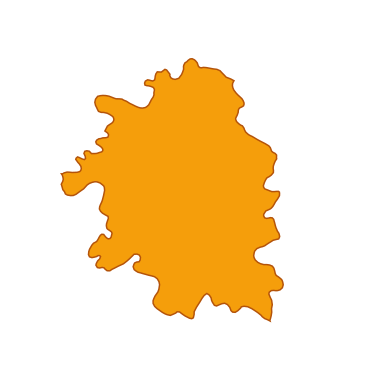 Chavusy, Mogilev, Belarus (orthographic projection), rotated 297°
{"feature_id": "67162791B68481301764251", "entity_name": "Chavusy", "entity_type": "district", "adm_level": 2, "iso_a3": "BLR", "parent_name": "Belarus", "parent_adm1": "Mogilev", "projection": "orthographic", "projection_center": [30.902, 53.786], "detail": "fine", "context": "isolated", "style": "filled", "palette": "amber", "viewbox_px": 384, "rotation_deg": 297, "n_neighbors": 0, "source": "geoboundaries", "source_scale": "gbopen_adm2", "svg_char_len": 5620}
<svg xmlns="http://www.w3.org/2000/svg" viewBox="0 0 384 384"><g transform="rotate(297 192 192)"><path d="M112.5,320.1L112.9,319.7L115.2,319.3L117.7,318.7L121.1,317.6L124.2,315.8L128.0,314.7L131.7,312.1L133.5,309.7L136.0,306.8L137.8,306.3L140.1,307.4L141.4,309.4L142.1,311.4L143.0,313.0L144.8,314.9L147.7,316.0L150.7,315.4L152.2,314.3L153.6,313.1L154.7,311.6L155.2,309.6L155.6,307.6L155.9,304.9L157.1,303.2L159.3,301.4L161.3,299.5L162.4,297.3L162.2,294.4L161.3,291.7L159.9,288.9L159.2,285.5L159.2,282.5L160.2,279.1L161.9,276.9L163.4,275.8L166.4,274.9L168.0,274.7L171.0,275.5L173.7,277.7L175.4,279.7L177.1,281.2L179.0,282.2L181.3,283.5L183.9,285.1L185.8,286.2L187.6,288.2L189.5,290.5L191.0,290.5L192.2,290.3L194.3,288.5L195.0,287.6L195.8,286.0L197.0,284.6L198.4,282.9L200.1,281.3L202.2,279.5L203.9,277.9L204.7,277.2L205.4,275.3L204.7,273.4L203.7,272.3L202.3,270.4L202.0,268.5L203.2,266.7L204.8,266.0L208.7,266.4L210.1,267.6L212.4,269.4L213.7,270.0L215.9,270.6L219.0,270.8L220.9,270.8L224.5,271.4L228.4,271.6L230.4,270.7L231.6,269.9L231.8,268.7L230.7,266.7L229.8,265.3L228.6,263.0L228.3,260.5L228.1,258.1L227.8,255.5L228.7,253.7L230.1,252.7L233.2,252.2L235.1,252.1L236.8,252.1L238.8,252.4L240.9,253.9L243.1,255.0L246.2,255.7L248.2,254.8L249.7,253.7L252.0,252.7L254.7,252.3L257.4,252.1L260.0,252.4L260.2,252.1L261.6,251.4L263.3,250.6L264.1,248.6L264.1,246.1L264.5,244.4L265.9,242.9L267.1,241.6L268.0,239.5L268.3,235.1L268.3,230.0L268.4,226.2L268.8,220.6L268.7,217.4L269.0,215.3L269.8,212.6L271.2,210.6L272.5,209.3L273.8,206.9L273.7,204.8L274.1,202.5L275.0,199.7L276.5,198.0L277.6,197.4L279.2,197.4L281.0,197.4L283.9,197.0L285.8,196.2L286.8,196.0L288.4,196.2L290.6,197.9L292.2,198.8L293.9,198.5L295.1,197.8L296.6,196.1L297.8,194.1L298.5,191.7L299.3,188.8L300.2,186.3L301.8,183.0L303.4,181.1L305.0,179.8L307.1,178.9L309.1,178.8L310.2,178.9L310.3,175.2L309.8,170.3L310.8,167.6L311.8,164.6L312.8,161.9L312.6,158.5L311.4,155.2L310.3,151.5L309.3,148.2L308.2,145.6L306.8,143.8L306.4,142.1L307.1,140.4L308.3,139.2L309.4,138.1L310.6,135.4L310.9,133.9L310.8,131.6L309.7,129.9L307.4,128.7L305.8,128.3L303.9,127.1L301.4,127.1L300.1,127.4L297.5,128.8L294.7,129.2L291.9,129.4L287.3,128.6L284.7,125.9L284.0,123.4L284.2,121.2L285.9,119.1L286.9,118.9L288.2,116.1L289.2,114.0L289.0,112.2L286.7,111.1L284.9,110.2L283.3,106.5L280.8,106.2L278.7,106.6L276.5,107.4L274.8,107.8L273.1,106.6L272.6,104.8L272.4,103.5L271.8,101.5L269.6,100.1L267.5,100.3L265.9,101.6L266.2,103.4L266.9,105.2L267.4,107.4L267.6,109.8L267.0,111.2L265.9,112.2L263.1,113.0L261.3,114.0L258.8,114.3L256.1,113.9L253.4,113.9L250.0,113.9L247.6,113.0L246.1,112.1L244.3,109.8L243.4,107.6L243.0,105.5L242.8,102.4L242.8,99.5L242.7,96.3L243.1,92.4L242.8,89.2L243.0,87.5L242.0,85.0L240.6,82.1L240.3,80.4L240.0,77.4L239.7,74.6L238.8,71.5L237.6,68.8L236.2,66.6L234.4,64.5L230.9,63.9L227.8,64.7L225.4,66.7L224.1,68.5L222.5,70.5L221.4,72.1L221.7,74.9L222.8,77.2L223.7,80.8L223.7,83.8L223.4,86.3L222.9,87.9L221.3,89.4L219.9,89.8L218.6,89.8L217.0,89.3L214.1,87.6L212.3,86.7L209.8,86.7L206.8,86.7L206.4,89.3L206.2,90.1L205.4,91.4L204.1,92.0L202.6,92.1L201.2,90.5L199.7,87.9L198.2,86.4L197.1,84.8L194.9,83.5L193.0,83.5L191.5,85.1L191.3,88.0L190.9,90.4L190.1,92.5L189.0,93.5L188.1,93.7L186.7,93.3L185.3,91.7L183.3,89.8L182.2,88.1L180.6,85.0L181.7,82.0L181.0,79.6L179.6,78.0L177.3,78.2L175.3,80.7L173.5,81.9L172.0,81.4L171.6,79.2L171.5,75.7L171.3,74.1L169.5,73.4L168.3,73.6L166.5,77.1L166.0,78.6L164.4,81.4L162.5,82.8L160.8,83.1L159.2,82.7L157.4,80.7L155.0,76.4L154.0,73.8L153.0,71.6L150.9,69.3L149.6,68.6L148.9,67.4L148.2,68.7L146.8,70.1L144.9,71.5L142.8,72.0L139.5,72.0L138.9,72.7L135.4,75.9L134.4,78.2L132.8,80.1L132.7,82.3L133.7,85.5L135.0,87.8L137.3,89.7L140.9,91.5L143.0,92.6L145.6,94.0L150.7,95.4L153.1,96.7L155.4,98.8L157.1,100.9L157.9,102.8L158.3,106.0L157.7,109.2L157.2,110.8L156.3,111.8L153.8,113.4L150.6,114.3L148.4,114.9L143.8,115.9L142.0,116.1L138.8,116.2L137.0,116.4L134.8,117.2L133.3,119.3L132.5,121.8L132.3,124.5L132.2,126.9L132.2,128.3L131.3,128.9L130.3,129.5L128.6,129.7L127.2,129.9L124.8,130.3L123.1,131.0L122.0,131.8L120.9,132.8L120.5,134.0L120.3,136.1L119.9,138.3L118.9,139.5L115.0,140.4L113.4,140.1L112.2,138.6L112.3,137.0L112.8,135.3L113.6,133.6L114.1,132.6L113.4,130.8L111.8,130.0L109.5,129.8L107.1,129.8L104.6,129.5L102.9,128.4L101.7,127.5L99.1,126.9L94.5,126.7L92.0,127.1L89.2,128.2L87.7,130.1L88.1,132.6L89.4,134.3L91.2,136.3L92.7,137.2L93.4,138.6L93.0,139.8L90.5,140.1L87.7,139.2L84.9,139.2L83.2,139.6L81.7,142.0L82.3,144.1L84.0,146.2L84.5,148.1L83.8,149.6L83.3,152.1L84.5,154.6L86.9,155.9L89.0,157.5L92.5,160.0L96.9,163.5L101.2,165.5L104.3,166.7L106.8,167.5L107.9,167.9L110.2,168.6L111.7,171.2L111.9,173.7L110.5,175.7L107.8,176.7L105.8,176.5L104.5,174.5L102.7,173.1L101.1,173.1L98.7,173.5L96.6,175.7L96.2,177.7L96.0,180.3L96.6,183.0L97.0,185.3L97.4,187.2L98.2,191.2L98.9,194.0L99.5,197.0L99.0,200.3L97.1,203.3L94.7,205.2L90.4,206.6L87.5,207.0L82.5,206.3L79.5,206.4L77.4,206.7L75.0,208.0L73.1,210.7L72.2,213.9L71.8,216.8L71.3,220.2L71.2,223.3L71.4,225.5L72.2,228.7L74.3,230.5L76.8,232.5L78.5,233.1L79.5,235.4L79.1,237.3L78.7,239.8L78.4,242.2L78.4,244.7L78.4,247.1L79.0,249.3L80.5,250.3L83.8,249.5L86.3,248.3L91.4,248.3L97.3,248.9L101.8,249.2L105.4,249.8L108.3,251.3L108.0,254.2L106.4,257.0L104.3,258.7L102.8,260.6L102.5,261.2L101.2,263.4L101.6,265.6L103.7,267.3L106.0,269.3L107.7,271.6L107.8,274.7L106.4,278.0L104.0,280.6L103.4,282.7L104.4,285.1L107.0,286.7L110.6,288.0L112.1,288.1L113.8,290.2L115.1,293.8L115.2,298.3L114.8,302.2L114.4,305.4L113.5,309.6L112.8,311.1L112.2,314.3L112.5,317.1L112.5,320.1Z" fill="#f59e0b" stroke="#b45309" stroke-width="1.5"/></g></svg>